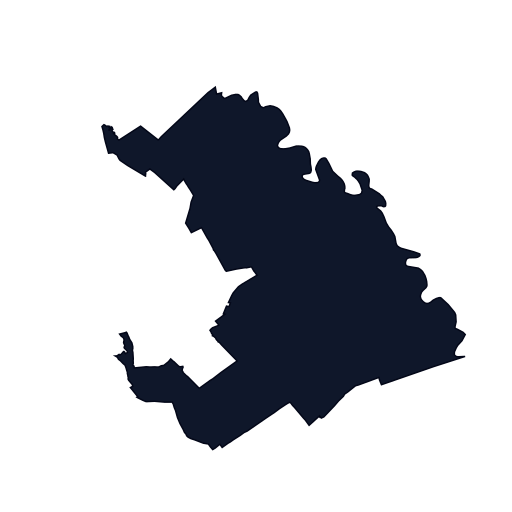 Stanilesti, Vaslui, Romania (Equal Earth projection), rotated 339°
{"feature_id": "2599482B69878309601464", "entity_name": "Stanilesti", "entity_type": "district", "adm_level": 2, "iso_a3": "ROU", "parent_name": "Romania", "parent_adm1": "Vaslui", "projection": "equal_earth", "projection_center": [28.168, 46.666], "detail": "fine", "context": "isolated", "style": "filled", "palette": "ink", "viewbox_px": 512, "rotation_deg": 339, "n_neighbors": 0, "source": "geoboundaries", "source_scale": "gbopen_adm2", "svg_char_len": 6087}
<svg xmlns="http://www.w3.org/2000/svg" viewBox="0 0 512 512"><g transform="rotate(339 256 256)"><path d="M415.2,424.7L408.2,422.4L406.6,421.2L405.9,419.7L405.9,418.9L406.9,416.6L410.1,413.4L412.3,411.7L417.9,408.9L423.2,404.3L422.0,401.5L417.7,396.5L416.1,395.1L416.2,393.7L419.2,389.2L421.3,382.6L421.2,379.9L418.0,370.3L413.6,361.3L412.9,360.8L411.9,360.5L409.2,360.3L405.6,360.7L402.4,361.8L399.9,362.0L398.0,361.3L397.0,360.5L395.7,358.6L394.8,356.2L394.6,354.6L395.0,352.4L396.2,350.6L397.8,348.9L399.7,347.9L403.2,346.5L404.6,345.4L405.2,344.4L406.2,340.9L406.6,338.1L406.7,334.7L405.9,330.0L404.8,327.7L403.2,325.5L394.2,320.2L393.4,319.5L392.9,318.9L392.6,317.9L392.9,316.4L393.2,315.6L394.4,313.9L396.1,312.5L398.3,312.5L404.5,314.7L406.1,315.0L407.7,314.9L409.1,314.4L409.5,313.9L409.6,312.7L404.9,308.7L394.4,300.9L393.1,299.6L391.5,297.2L391.3,295.5L391.3,294.2L392.6,287.6L392.3,284.5L391.4,280.2L390.2,276.5L389.4,271.9L389.5,265.4L389.2,261.2L388.5,258.6L386.5,255.2L386.1,254.3L386.1,253.6L386.5,253.0L387.4,252.9L388.2,253.0L390.8,253.9L391.4,254.3L392.6,255.6L394.0,256.0L394.7,255.8L395.2,255.2L396.0,253.3L396.3,251.4L395.5,246.1L394.3,244.1L393.4,242.1L388.1,235.0L386.3,233.6L386.1,232.2L386.5,230.5L388.4,226.8L389.2,224.8L389.2,222.6L389.0,220.5L388.3,218.9L387.2,217.1L384.4,214.8L383.0,214.0L381.3,213.2L379.8,212.7L377.7,212.7L375.8,213.1L374.8,214.9L375.0,215.7L376.5,217.9L377.1,219.3L377.8,220.6L378.4,222.6L379.0,225.9L378.7,232.8L377.0,235.2L374.7,235.8L369.9,234.8L368.1,234.0L366.0,232.5L363.9,230.5L362.2,229.2L361.6,228.5L361.5,227.6L362.4,225.7L363.2,224.7L363.9,222.6L364.2,220.4L364.0,218.1L363.6,216.2L362.7,213.8L360.9,210.7L357.9,204.4L357.2,195.7L356.3,190.4L355.5,189.2L354.0,188.7L352.2,188.6L350.3,189.2L348.0,190.7L344.6,193.8L343.6,195.1L342.8,196.6L342.6,208.0L342.0,208.9L341.1,209.4L340.0,209.6L337.2,208.7L335.3,207.6L329.6,203.1L328.0,201.2L327.4,199.2L327.7,198.0L328.0,197.4L328.8,196.9L330.5,196.9L335.2,197.9L336.4,197.8L337.2,197.3L338.4,195.6L339.2,192.6L339.7,189.7L341.4,184.7L342.4,179.6L342.6,177.5L342.2,175.4L341.5,173.6L340.7,172.2L339.6,171.0L338.0,169.9L334.9,168.5L332.9,167.8L326.1,167.3L322.2,166.5L319.9,165.8L317.2,164.5L316.3,163.6L315.6,162.1L315.5,161.1L315.8,160.2L317.3,158.4L318.6,157.4L320.3,156.5L327.2,154.9L330.1,153.6L331.6,152.2L332.6,150.5L333.1,148.3L333.1,144.7L333.1,141.8L332.8,139.2L331.9,133.0L331.1,129.6L330.2,127.4L328.7,125.2L325.9,122.6L323.0,120.8L318.5,120.1L316.4,120.3L315.8,120.1L313.9,118.1L313.4,113.9L313.4,113.2L314.3,110.6L315.8,104.6L315.6,103.2L314.9,102.8L313.6,102.9L308.8,103.9L306.5,105.5L304.2,107.6L301.9,108.1L300.6,106.9L299.5,103.9L299.2,102.1L298.0,99.8L297.1,98.8L295.0,97.9L290.8,97.2L283.4,97.8L282.9,97.4L281.5,95.0L281.3,94.2L281.4,93.2L282.4,91.3L277.2,90.7L278.5,83.8L269.8,86.3L210.3,110.7L206.9,112.5L206.2,112.5L194.8,93.4L169.5,98.7L169.1,97.8L168.5,96.9L169.3,95.6L168.9,94.4L167.7,92.4L167.0,90.7L168.1,90.7L168.1,89.9L167.4,89.8L166.5,87.9L166.8,86.6L167.7,86.6L167.8,84.5L167.5,83.8L164.8,85.9L164.3,86.0L163.9,85.6L164.3,85.1L165.7,84.0L166.5,83.7L166.3,83.5L165.1,83.6L164.9,83.0L165.7,82.7L165.8,82.5L164.3,81.6L163.8,81.5L163.1,81.6L161.7,79.5L161.1,78.9L158.6,79.9L158.3,83.5L157.8,87.0L156.9,91.1L156.3,95.6L155.2,107.2L159.6,108.3L162.5,112.0L162.9,116.2L163.4,118.0L168.5,125.4L181.8,142.3L181.4,140.5L182.5,140.0L182.7,138.2L188.1,136.7L191.3,141.7L203.0,164.7L204.5,164.1L207.3,162.2L216.1,158.2L216.2,159.8L216.8,163.6L217.2,165.0L217.7,167.9L218.3,170.4L219.5,177.1L214.7,182.5L211.5,187.9L202.1,200.1L203.3,206.1L204.0,211.0L215.3,210.0L217.0,221.8L217.6,224.5L218.7,233.6L218.5,235.1L219.0,236.2L219.6,239.3L222.2,258.3L222.8,259.6L232.7,261.1L239.9,262.6L241.9,263.1L242.8,263.6L247.6,264.4L248.0,265.0L248.6,269.2L249.1,270.6L249.9,273.7L250.2,274.3L233.0,277.3L228.6,278.4L221.6,282.2L219.2,284.2L213.6,289.6L215.3,290.6L212.7,293.6L210.5,292.2L204.8,298.3L206.1,299.2L194.9,302.3L196.6,307.2L196.0,307.4L189.7,307.4L187.3,308.3L186.4,308.9L186.8,310.6L186.8,312.5L187.4,313.9L186.7,314.8L187.7,315.8L188.8,317.8L189.0,318.6L188.9,319.2L189.1,319.9L189.3,320.6L189.8,321.5L189.9,322.7L190.8,323.4L192.1,326.9L200.8,347.2L181.6,352.2L171.6,355.2L168.8,355.7L155.6,359.2L148.8,343.7L148.3,343.3L146.1,338.5L146.3,338.1L146.1,336.9L145.9,336.5L146.9,334.9L148.1,333.6L148.1,332.8L145.6,332.3L144.4,331.4L141.5,325.2L141.1,324.8L139.5,321.5L136.4,323.3L130.8,325.1L128.2,324.5L125.7,324.8L124.3,324.4L121.7,323.2L117.3,321.7L113.9,320.1L102.3,316.9L102.6,315.0L102.0,314.1L102.0,313.6L103.0,312.2L103.8,309.6L104.5,308.2L106.5,301.9L106.8,299.9L107.3,298.9L107.7,298.5L108.5,296.4L109.0,292.6L108.2,288.5L108.2,286.1L108.0,284.5L108.0,281.7L107.6,280.6L106.5,280.7L100.7,280.0L101.4,282.5L102.8,284.6L102.9,286.6L102.7,287.0L102.4,287.9L101.9,288.3L101.8,288.8L101.3,289.5L101.4,293.0L100.2,293.8L100.1,294.2L100.1,294.8L101.7,298.4L101.7,298.9L101.5,300.0L99.1,300.4L98.9,299.8L99.0,298.8L98.5,297.8L98.1,297.7L95.2,299.3L93.4,299.7L93.2,299.7L92.9,298.8L90.4,299.4L88.8,298.9L90.0,300.4L90.5,301.8L90.5,302.6L90.7,303.3L91.9,305.2L93.4,308.8L94.6,311.0L94.6,313.7L94.3,316.9L94.3,318.3L93.7,319.9L93.7,320.8L93.2,323.0L93.4,323.5L92.5,325.0L92.6,326.4L94.5,331.9L94.1,333.5L91.6,333.8L95.2,345.0L94.2,345.2L95.1,346.3L98.5,350.0L100.9,352.3L101.6,352.7L109.1,355.2L118.4,359.7L125.3,362.3L125.7,364.4L125.4,368.3L125.5,371.4L124.8,378.7L125.0,385.2L125.9,392.1L126.0,394.9L126.9,397.6L126.8,398.9L127.7,400.8L129.8,403.2L132.8,405.6L139.8,411.9L143.9,414.3L144.2,414.6L145.0,417.8L146.2,421.2L149.0,420.7L154.8,418.8L155.8,422.6L163.1,420.7L165.3,420.4L169.1,419.4L177.0,417.8L181.6,416.5L185.0,416.3L207.6,410.8L217.3,408.6L223.3,406.9L230.5,405.3L233.1,404.8L235.2,404.7L235.8,405.7L236.6,408.6L237.7,411.2L242.3,424.5L243.2,426.7L244.9,433.1L258.1,428.0L258.2,428.9L257.7,429.1L258.0,429.7L258.6,429.5L259.0,430.7L261.7,430.5L275.6,423.9L281.1,420.9L287.3,418.3L289.2,416.7L293.0,415.8L302.4,412.8L305.4,413.1L327.2,413.4L326.9,416.1L327.0,421.1L382.3,422.9L415.2,424.7Z" fill="#0f172a" stroke="#020617" stroke-width="1.5"/></g></svg>